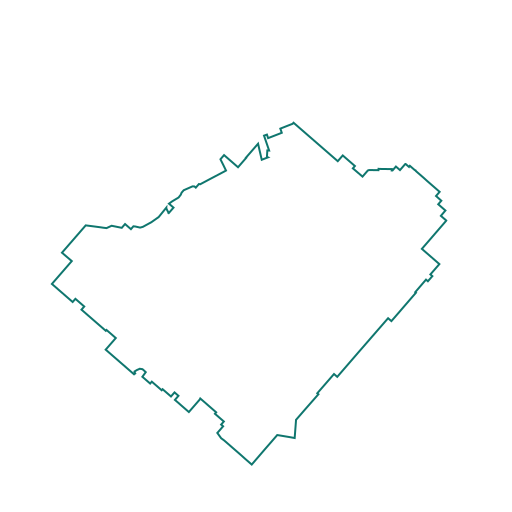 Trayning, Western Australia, Australia (Natural Earth projection), rotated 221°
{"feature_id": "25037944B98291984831496", "entity_name": "Trayning", "entity_type": "district", "adm_level": 2, "iso_a3": "AUS", "parent_name": "Australia", "parent_adm1": "Western Australia", "projection": "natural_earth1", "projection_center": [117.834, -31.167], "detail": "fine", "context": "isolated", "style": "outline", "palette": "teal", "viewbox_px": 512, "rotation_deg": 221, "n_neighbors": 0, "source": "geoboundaries", "source_scale": "gbopen_adm2", "svg_char_len": 2866}
<svg xmlns="http://www.w3.org/2000/svg" viewBox="0 0 512 512"><g transform="rotate(221 256 256)"><path d="M315.1,381.2L315.1,379.8L318.2,373.9L321.2,368.1L317.4,365.9L318.3,364.1L324.2,352.9L327.4,354.8L328.9,352.1L315.3,344.2L316.7,343.1L312.8,338.0L311.7,338.3L314.8,332.4L322.8,338.2L328.1,342.1L328.1,323.6L327.8,323.6L327.8,311.2L339.3,311.2L346.3,311.2L346.3,305.8L346.3,305.7L345.9,305.5L340.3,303.2L334.7,300.8L335.5,298.6L341.4,283.4L345.2,273.5L346.3,272.9L346.3,268.1L348.1,268.1L349.6,266.9L353.7,258.2L353.7,255.6L353.7,255.1L353.6,254.6L353.4,254.1L353.2,253.5L353.0,253.0L352.8,249.5L353.0,248.7L353.7,246.6L355.1,242.3L355.6,240.2L356.0,238.4L350.0,238.4L350.0,231.4L350.0,230.2L350.0,230.3L350.2,230.7L350.5,231.1L350.8,231.4L351.2,231.6L353.1,232.3L353.8,232.6L354.4,232.9L354.5,232.8L355.1,233.2L355.4,233.6L355.0,221.6L357.1,213.0L360.5,203.8L362.1,201.4L366.4,199.1L368.0,198.0L368.0,194.2L368.3,194.2L375.8,194.2L375.8,189.2L384.8,184.1L387.1,179.0L389.6,177.3L392.1,175.7L397.1,172.4L404.6,167.4L404.6,131.2L391.7,131.3L391.7,115.9L391.7,101.0L380.0,101.0L371.9,101.0L364.2,101.0L364.2,105.2L356.7,105.2L352.5,105.2L352.5,101.0L328.1,101.0L320.3,101.0L320.3,102.1L308.0,102.1L308.0,86.7L303.7,86.7L297.4,86.7L288.3,86.7L280.2,86.7L270.5,86.7L270.5,86.8L270.1,88.1L271.3,88.6L271.7,89.1L271.9,89.2L271.8,89.5L271.0,92.0L270.2,93.6L269.8,94.6L267.4,96.1L265.2,96.1L263.0,96.0L262.5,90.3L252.2,90.3L252.2,92.8L239.1,92.8L239.1,94.2L228.0,94.2L228.0,99.6L222.8,99.6L222.8,94.2L213.5,94.2L204.3,94.2L204.3,110.6L204.6,111.9L204.1,111.9L193.1,111.9L183.5,111.9L183.5,110.0L183.3,110.0L176.9,110.0L171.7,110.0L171.7,105.9L169.1,105.9L169.1,97.1L162.7,95.6L159.4,95.9L145.3,95.9L136.7,95.9L131.0,95.8L122.4,95.8L122.5,116.0L122.5,119.2L122.5,119.4L122.5,134.8L121.4,135.5L112.1,141.2L107.4,144.0L116.7,156.5L118.3,158.6L118.3,168.0L118.3,173.4L118.3,173.6L118.2,192.6L119.7,192.6L119.7,192.8L119.7,218.1L115.4,218.1L115.5,249.9L115.5,270.3L115.5,270.7L115.5,295.7L111.1,295.7L111.1,303.6L111.2,328.4L111.2,328.5L111.2,333.2L112.1,333.2L112.2,349.7L109.7,349.7L109.7,356.5L112.3,356.5L112.3,365.0L112.3,370.2L123.0,370.2L135.5,370.2L135.5,376.3L135.6,407.1L135.7,407.6L136.1,407.6L142.8,407.6L142.9,414.6L143.4,414.6L149.4,414.6L149.6,414.6L152.4,414.6L152.4,419.3L159.5,419.4L159.5,424.9L162.9,424.9L169.1,424.9L175.2,424.9L176.1,424.9L180.9,425.0L191.0,425.0L191.8,425.3L192.4,425.0L199.1,425.0L199.1,424.4L199.1,424.1L199.0,423.6L202.8,423.6L203.4,423.6L203.6,423.5L203.7,423.3L203.7,420.8L203.7,415.3L203.9,415.3L204.1,415.3L209.1,415.3L209.1,410.1L209.7,409.6L210.5,410.7L219.7,402.9L220.7,402.2L219.9,401.1L227.0,395.1L227.7,393.9L227.7,391.4L227.7,385.8L240.4,385.7L240.4,388.8L249.0,388.8L256.1,388.8L256.5,388.8L256.5,386.6L256.5,381.2L277.4,381.2L295.6,381.2L308.9,381.2L315.1,381.2Z" fill="none" stroke="#0f766e" stroke-width="2"/></g></svg>